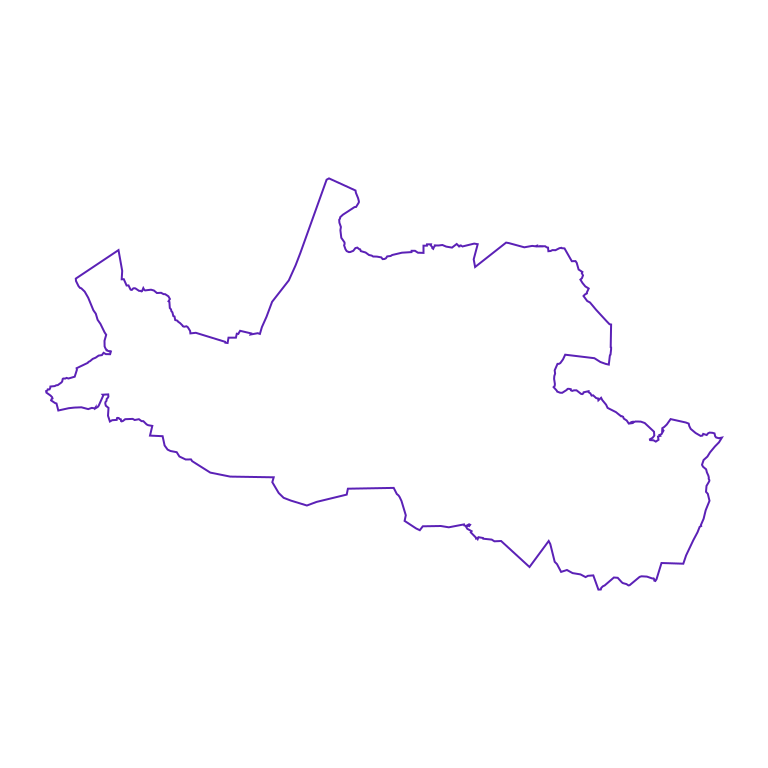 Pátzcuaro, Michoacán, Mexico (Natural Earth projection)
{"feature_id": "50627088B82364093582116", "entity_name": "Pátzcuaro", "entity_type": "district", "adm_level": 2, "iso_a3": "MEX", "parent_name": "Mexico", "parent_adm1": "Michoacán", "projection": "natural_earth1", "projection_center": [-101.631, 19.502], "detail": "fine", "context": "isolated", "style": "outline", "palette": "violet", "viewbox_px": 768, "rotation_deg": 0, "n_neighbors": 0, "source": "geoboundaries", "source_scale": "gbopen_adm2", "svg_char_len": 6073}
<svg xmlns="http://www.w3.org/2000/svg" viewBox="0 0 768 768"><path d="M683.3,563.7L686.1,555.4L693.3,540.2L697.5,532.3L699.7,526.8L701.2,526.0L700.9,525.0L703.6,518.8L705.7,510.2L709.5,500.8L707.8,493.8L706.0,491.8L706.5,485.9L709.2,481.3L709.4,480.2L708.7,478.8L708.8,477.4L708.3,475.5L706.9,472.4L706.1,469.3L703.0,466.7L702.0,464.8L703.6,460.0L707.4,456.6L710.0,452.4L714.9,446.5L719.0,442.3L721.9,437.6L718.9,438.2L716.2,437.5L715.2,436.3L714.5,433.4L712.4,432.8L709.6,432.6L708.1,433.3L706.7,435.0L703.2,433.9L702.4,435.6L700.6,435.9L695.6,433.0L690.7,428.9L689.3,426.1L688.7,423.6L685.8,422.5L670.6,419.1L666.8,424.5L664.3,426.9L662.3,428.2L662.2,430.7L663.0,429.9L663.5,430.6L661.5,434.1L659.5,435.0L660.2,435.9L658.0,436.6L658.5,439.8L655.8,441.6L653.5,440.3L650.1,440.1L649.9,439.3L652.6,437.8L654.3,435.6L654.0,431.7L644.7,423.0L640.7,421.6L635.3,421.5L633.6,422.3L633.1,421.7L631.4,422.1L630.9,422.4L631.7,423.2L628.8,423.6L626.7,420.5L623.8,418.6L623.1,416.8L621.6,416.1L621.1,416.3L615.9,412.1L607.6,407.9L606.1,404.7L602.3,400.1L601.1,397.8L598.4,400.3L598.1,398.5L596.2,398.1L593.1,395.3L591.6,395.6L590.4,393.4L588.6,392.2L588.6,391.2L583.6,392.3L583.2,393.5L582.2,394.1L581.1,393.9L576.5,390.3L574.1,390.3L572.2,390.9L570.9,390.3L570.8,389.2L568.8,388.8L567.6,388.9L566.6,390.0L562.2,392.8L560.1,392.7L557.2,391.6L556.8,390.7L553.6,387.1L554.7,385.9L554.9,384.0L554.1,378.9L554.3,376.1L555.1,373.6L554.7,370.3L557.5,363.9L558.8,363.9L560.3,363.1L563.0,359.4L565.2,354.7L594.4,358.2L600.4,362.0L605.7,363.9L608.8,364.6L609.8,356.0L610.0,355.1L610.5,354.7L611.1,349.2L611.1,347.4L610.7,347.2L611.1,324.5L609.5,324.2L606.7,321.3L596.1,309.8L590.0,302.5L587.2,301.0L583.5,296.0L584.9,294.5L586.9,293.4L586.8,292.6L588.7,288.5L585.3,286.4L582.5,283.0L580.4,279.6L581.9,278.3L583.0,275.4L581.8,273.1L582.4,272.0L578.6,269.5L576.7,262.8L575.5,261.1L571.8,261.2L564.5,248.4L561.9,248.2L561.4,247.8L559.4,248.2L555.5,250.2L552.4,250.1L550.6,251.0L548.4,251.2L548.0,247.6L546.6,247.3L545.3,246.3L539.2,246.1L539.7,246.4L537.4,246.4L537.3,245.6L536.3,245.9L536.2,246.4L532.2,245.9L524.3,247.3L508.9,243.1L506.1,242.6L475.1,267.0L473.7,259.3L477.7,244.2L474.2,243.6L461.9,246.6L462.2,246.4L460.8,245.4L459.5,245.8L459.4,247.2L459.1,246.4L456.7,244.0L452.0,247.6L446.2,246.6L442.4,245.0L438.5,245.5L434.8,245.4L434.8,246.1L433.9,247.1L433.2,248.8L432.3,248.1L432.1,246.9L430.7,245.3L431.0,244.3L427.0,244.3L426.9,245.7L423.5,245.7L423.5,252.9L417.9,252.7L415.0,250.8L411.6,250.8L411.5,252.1L401.9,252.7L392.2,255.0L390.6,256.0L387.2,256.4L385.9,258.3L384.4,259.0L382.6,259.1L381.3,257.4L376.9,256.6L373.1,256.5L371.7,255.6L369.0,255.0L365.6,252.5L360.8,251.1L360.2,249.4L359.4,249.3L357.3,247.6L355.4,248.1L353.3,250.8L350.3,252.0L348.9,252.1L346.7,251.1L345.5,249.3L344.1,245.3L344.6,244.0L344.5,242.4L341.3,237.8L340.4,230.2L340.9,227.0L339.4,222.7L339.2,219.8L340.0,218.6L340.2,217.2L342.9,214.7L354.5,207.1L356.1,206.9L358.8,202.5L358.9,201.4L358.1,198.2L355.9,192.8L355.5,190.5L329.0,178.4L326.6,179.7L300.3,253.1L295.6,265.3L288.8,280.4L272.1,301.8L266.5,316.8L261.9,327.1L259.9,333.9L257.7,333.2L250.6,334.5L251.1,333.4L240.1,330.8L238.3,333.9L236.8,333.7L235.9,337.7L228.5,337.7L227.6,343.0L225.3,342.7L225.1,341.8L195.8,332.8L190.4,333.4L190.1,330.9L187.8,327.2L186.5,326.3L184.1,326.7L182.8,326.2L182.6,325.6L180.1,323.1L178.1,321.7L177.4,320.7L175.2,320.0L174.5,316.5L173.3,316.0L172.4,312.3L171.4,311.2L171.0,309.4L169.8,308.0L169.4,301.9L168.5,301.3L169.9,299.0L168.4,296.3L165.2,294.2L163.5,294.1L161.1,292.8L156.9,293.0L153.9,290.5L151.0,289.7L145.1,290.4L144.3,289.9L143.3,288.1L142.0,291.2L141.4,291.4L140.5,290.9L139.1,290.9L135.4,288.4L134.0,288.2L133.1,288.5L132.0,289.8L131.2,289.9L130.5,289.5L128.5,285.4L126.6,285.5L123.8,279.2L121.7,279.3L122.2,270.9L118.5,250.1L75.8,278.6L76.0,281.0L78.5,286.1L80.0,287.9L81.3,288.3L84.7,291.6L88.2,297.7L93.4,310.3L95.8,313.7L97.6,319.8L100.4,323.8L104.6,332.4L106.2,334.8L104.5,340.8L104.6,346.4L105.7,348.9L106.9,350.0L106.7,350.4L110.2,351.7L110.3,351.2L110.9,351.4L110.1,354.2L105.8,354.1L103.6,352.8L101.9,355.1L98.6,355.6L95.6,357.7L92.7,358.9L90.1,361.1L88.5,361.9L87.7,362.9L76.6,368.2L76.9,369.8L74.7,376.7L68.5,378.5L66.5,377.9L65.4,378.5L63.3,378.5L62.7,379.0L62.2,381.4L61.5,382.4L57.8,385.1L56.2,385.3L54.7,386.1L50.4,386.5L50.2,388.0L49.5,389.4L47.7,389.4L47.3,390.6L46.1,391.1L46.4,392.6L50.6,395.6L52.1,397.2L52.5,398.5L51.5,399.2L51.1,400.4L55.0,403.0L56.5,403.5L58.3,410.5L68.7,408.2L74.2,407.6L81.4,407.3L88.2,409.1L91.8,407.9L94.8,408.4L95.4,407.6L95.3,408.4L97.8,406.9L98.7,405.7L103.3,395.4L102.7,394.7L108.2,394.4L108.4,396.6L108.0,397.5L106.7,399.0L106.5,400.8L105.4,402.2L105.3,403.6L105.8,405.7L108.5,407.9L108.0,415.7L109.9,421.5L112.2,420.2L116.7,419.9L117.0,418.1L117.4,417.9L118.7,418.0L119.5,419.0L120.8,419.3L121.1,421.1L121.6,421.4L122.9,421.0L125.2,419.2L132.7,418.9L134.7,420.0L138.9,419.2L141.5,421.1L143.4,421.2L146.6,424.4L148.2,425.2L152.3,425.9L150.0,435.6L162.6,436.2L164.6,445.5L167.6,449.6L170.5,451.0L176.7,452.2L179.4,456.5L185.7,459.5L191.0,459.4L192.2,461.2L210.3,472.6L230.2,476.6L273.7,477.3L272.3,482.2L278.7,493.0L283.6,497.8L290.9,500.6L306.9,505.5L316.6,501.9L346.7,494.6L347.9,488.7L393.7,487.9L396.8,494.0L398.5,495.4L399.6,497.0L401.5,501.0L405.8,515.3L404.6,520.9L416.2,528.5L419.8,530.2L422.8,526.3L440.8,526.0L448.8,527.3L464.0,524.4L464.2,525.4L466.0,526.0L469.1,524.3L470.1,524.8L469.1,526.1L468.1,525.6L466.1,526.8L467.3,528.8L471.6,531.2L470.8,532.4L475.8,537.5L476.1,538.6L477.1,538.2L477.7,539.1L478.5,537.2L483.0,538.0L483.2,538.7L491.7,539.6L494.4,541.3L501.1,541.0L529.5,567.0L548.7,541.0L550.3,544.1L554.7,561.8L557.0,564.1L561.1,571.9L566.9,570.0L572.6,573.1L580.5,574.4L585.6,577.1L588.0,575.8L593.3,575.4L598.4,589.6L600.8,589.5L601.3,587.8L603.0,586.2L604.6,585.5L613.9,577.5L617.7,577.8L621.9,582.4L622.9,583.1L626.5,584.1L628.4,585.4L629.6,585.2L639.6,576.9L641.5,576.3L646.9,576.6L652.4,578.5L653.6,578.4L654.2,579.2L654.3,580.6L655.3,581.0L656.5,579.3L661.5,563.0L683.3,563.7Z" fill="none" stroke="#5b21b6" stroke-width="2"/></svg>